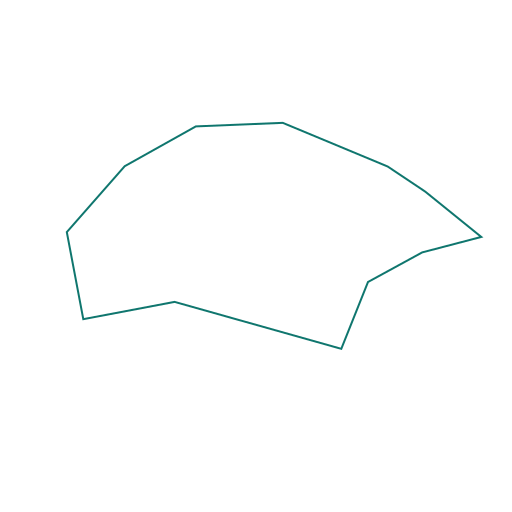 the Parish of Saint James Windward, rotated 310°
{"feature_id": "KNA-5103", "entity_name": "Saint James Windward", "entity_type": "Parish", "adm_level": 1, "iso_a3": "KNA", "parent_name": "Saint Kitts and Nevis", "parent_adm1": "", "projection": "natural_earth1", "projection_center": [-62.57, 17.171], "detail": "fine", "context": "isolated", "style": "outline", "palette": "teal", "viewbox_px": 512, "rotation_deg": 310, "n_neighbors": 0, "source": "natural_earth", "source_scale": "10m", "svg_char_len": 318}
<svg xmlns="http://www.w3.org/2000/svg" viewBox="0 0 512 512"><g transform="rotate(310 256 256)"><path d="M96.6,164.3L152.7,95.7L240.4,97.7L316.6,126.6L375.2,190.9L409.2,299.4L414.1,344.3L415.4,416.3L365.6,381.0L308.1,358.5L239.7,381.0L168.5,223.1L96.6,164.3Z" fill="none" stroke="#0f766e" stroke-width="2"/></g></svg>